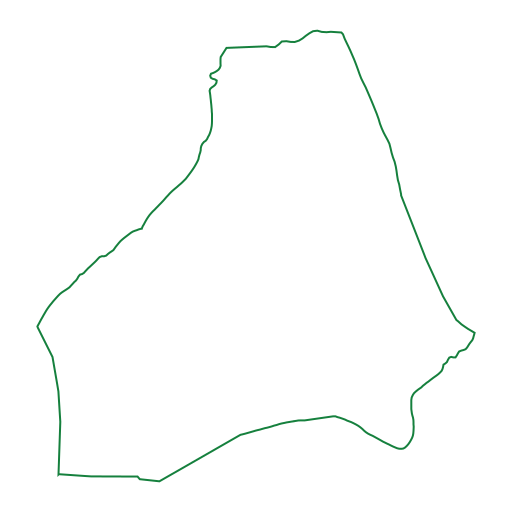 Maswarah, Al Bayda', Yemen (Albers equal-area conic projection)
{"feature_id": "15242507B74981338012196", "entity_name": "Maswarah", "entity_type": "district", "adm_level": 2, "iso_a3": "YEM", "parent_name": "Yemen", "parent_adm1": "Al Bayda'", "projection": "albers", "projection_center": [45.681, 14.409], "detail": "fine", "context": "isolated", "style": "outline", "palette": "green", "viewbox_px": 512, "rotation_deg": 0, "n_neighbors": 0, "source": "geoboundaries", "source_scale": "gbopen_adm2", "svg_char_len": 4586}
<svg xmlns="http://www.w3.org/2000/svg" viewBox="0 0 512 512"><path d="M58.5,474.5L58.8,474.2L86.4,476.1L91.2,476.4L121.2,476.5L137.5,476.5L139.8,479.2L159.4,481.3L240.5,434.8L242.7,434.3L245.4,433.6L247.5,433.0L250.3,432.2L252.0,431.7L253.1,431.4L255.7,430.6L257.7,430.1L259.9,429.6L262.6,428.8L265.1,428.1L267.1,427.7L270.1,426.9L272.1,426.3L274.1,425.6L276.6,425.0L279.2,424.1L281.5,423.5L284.5,422.9L286.7,422.4L289.2,422.0L291.5,421.6L293.7,421.3L293.7,421.2L295.9,420.9L298.2,420.5L300.4,420.4L303.0,420.4L304.7,420.4L333.3,416.3L335.4,416.3L337.4,417.1L339.7,417.7L342.6,418.7L345.1,419.6L347.1,420.6L349.0,421.3L351.2,422.1L353.5,423.2L356.0,424.5L358.4,425.9L360.6,427.5L362.5,429.1L364.1,430.7L365.9,432.2L368.0,433.6L370.3,434.8L372.6,435.8L374.6,436.9L376.4,437.9L378.4,439.0L380.7,440.3L383.1,441.7L385.0,442.6L387.0,443.6L389.0,444.5L390.9,445.5L393.2,446.6L395.1,447.4L397.0,448.2L399.0,448.7L401.2,448.8L402.2,448.7L403.4,448.5L405.1,447.5L405.4,447.2L406.8,445.9L408.3,444.2L409.9,441.9L411.1,439.8L412.2,437.6L412.9,435.6L413.3,433.4L413.4,432.2L413.5,431.1L413.6,429.0L413.7,426.7L413.5,424.3L413.5,422.5L413.5,422.0L413.4,419.9L413.0,417.6L412.4,415.6L411.9,413.5L411.6,411.3L411.3,409.1L411.3,406.7L411.3,404.2L411.3,402.1L411.3,400.0L411.7,397.4L412.9,394.9L414.0,393.2L415.8,391.5L417.4,390.2L417.6,390.0L419.4,388.7L421.2,387.5L423.0,385.7L424.7,384.4L426.6,382.8L428.4,381.6L430.5,379.9L432.5,378.4L433.0,378.0L434.4,377.0L436.4,375.6L438.6,373.9L439.3,373.2L440.2,372.4L441.1,371.4L441.6,370.9L442.5,369.0L443.1,366.8L443.5,364.6L445.3,363.5L446.9,362.1L448.0,359.7L449.3,357.6L451.2,356.9L453.3,357.4L455.5,357.4L456.9,355.3L457.9,353.4L459.1,351.5L461.3,350.6L463.6,350.0L465.6,349.2L467.1,347.5L468.3,345.6L469.5,343.7L470.8,342.0L472.2,340.3L473.1,338.4L473.7,336.1L474.3,334.0L474.6,332.8L468.2,329.0L464.8,326.7L461.4,324.3L458.1,321.3L456.4,320.0L443.0,296.3L432.1,272.4L425.5,258.0L424.1,254.3L401.1,195.4L401.1,194.3L400.1,189.5L399.2,184.5L397.9,180.1L397.1,175.3L396.5,170.8L395.8,166.6L394.6,161.7L393.0,157.5L391.6,152.8L390.5,148.0L389.4,143.7L387.6,140.0L385.5,136.1L385.2,135.6L383.6,132.5L381.8,128.5L380.0,123.8L378.6,119.0L376.7,113.7L375.0,109.5L373.4,105.5L371.5,100.9L369.8,96.9L367.7,92.0L365.7,87.4L363.4,82.9L361.2,78.4L359.5,74.0L358.1,70.0L356.9,66.7L355.9,64.0L354.1,59.4L352.2,55.0L350.3,50.6L348.4,46.5L346.6,42.8L344.7,38.8L343.0,34.3L341.4,32.5L330.8,31.8L326.6,32.2L321.7,31.9L317.4,30.7L313.1,31.2L309.5,33.2L305.8,35.8L302.6,38.4L299.0,40.6L294.7,42.0L290.6,41.9L286.4,41.2L281.8,41.5L278.8,44.4L275.1,47.1L270.6,47.0L266.5,46.3L226.5,47.9L220.7,57.0L220.5,59.1L220.5,61.4L220.5,63.6L220.6,65.8L219.8,67.9L218.5,69.7L216.8,71.0L215.5,71.8L215.0,72.1L213.1,73.0L211.0,73.7L210.2,75.7L210.8,77.7L212.6,78.8L214.7,79.3L216.7,80.5L216.4,82.8L215.2,84.8L213.6,86.2L211.8,87.4L210.2,88.9L209.6,90.8L210.0,93.2L210.3,95.4L210.5,97.5L210.8,100.0L211.0,102.2L211.3,104.9L211.5,107.4L211.7,109.5L211.8,111.9L212.0,113.9L212.0,116.5L212.0,119.4L212.0,119.7L212.0,121.6L211.9,123.9L211.7,126.1L211.3,128.2L210.7,130.8L209.9,133.2L209.1,135.1L208.0,137.0L207.1,139.0L205.7,140.8L204.0,141.9L202.4,143.8L201.3,146.0L200.8,148.1L200.7,150.3L200.2,152.5L199.5,154.5L198.9,156.8L198.4,159.3L197.5,161.3L196.5,163.2L195.2,165.5L194.0,167.5L192.8,169.3L191.5,171.2L190.1,173.1L189.2,174.3L188.7,175.0L187.4,176.7L185.8,178.8L184.2,180.4L182.4,182.2L180.9,183.6L179.1,185.1L177.1,186.9L174.8,188.8L172.7,190.6L171.1,192.1L169.6,193.6L168.1,195.3L166.2,197.3L164.5,199.3L162.9,201.1L162.5,201.5L160.9,203.2L159.3,204.8L157.6,206.6L156.1,208.1L154.7,209.6L152.9,211.3L151.4,212.9L149.6,215.0L148.3,216.8L147.1,218.6L145.9,220.6L144.8,222.6L143.8,224.5L142.7,226.3L141.9,228.3L141.8,228.7L140.8,228.8L138.7,229.4L136.7,230.2L134.8,230.8L132.8,231.6L131.0,232.7L129.3,234.0L127.6,235.3L125.9,236.6L124.2,237.9L122.4,239.4L120.6,241.0L118.9,242.9L117.6,244.5L115.8,246.7L114.6,248.4L113.4,250.1L111.7,251.3L109.7,252.6L107.8,254.1L106.2,255.6L104.0,256.3L101.9,256.2L99.6,257.1L98.2,258.5L96.3,260.6L94.8,262.1L93.1,263.7L91.5,265.2L89.8,266.8L88.2,268.2L86.7,269.8L85.2,271.4L83.8,273.0L82.0,274.1L80.0,274.6L78.4,276.6L77.3,278.7L75.9,280.6L74.3,282.0L72.6,283.9L71.2,285.4L69.5,287.3L67.7,288.6L65.9,289.8L63.7,291.2L61.9,292.4L60.1,293.8L58.2,295.7L56.3,297.8L54.7,299.6L53.2,301.3L51.6,303.3L50.1,305.1L48.6,307.1L47.2,309.1L46.0,311.0L44.9,312.9L43.6,315.1L42.5,317.1L41.4,319.0L40.1,321.4L39.1,323.3L38.1,325.1L37.4,326.4L37.8,327.6L52.5,357.0L57.0,383.0L58.4,391.4L60.3,421.8L58.5,474.5Z" fill="none" stroke="#15803d" stroke-width="2"/></svg>